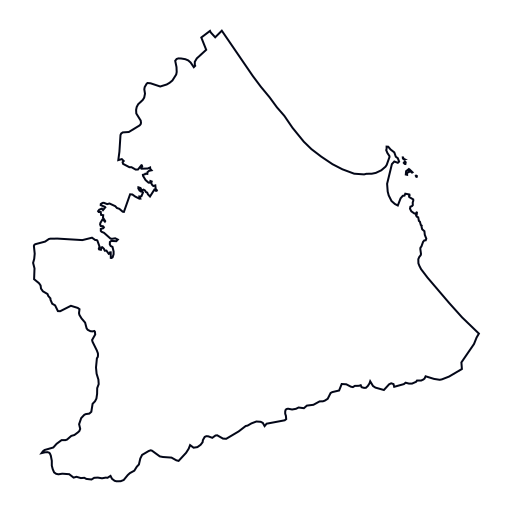 the district of Nui Thanh, Quàng Nam, Vietnam
{"feature_id": "81297802B34920687321908", "entity_name": "Nui Thanh", "entity_type": "district", "adm_level": 2, "iso_a3": "VNM", "parent_name": "Vietnam", "parent_adm1": "Quàng Nam", "projection": "robinson", "projection_center": [108.549, 15.447], "detail": "fine", "context": "isolated", "style": "outline", "palette": "ink", "viewbox_px": 512, "rotation_deg": 0, "n_neighbors": 0, "source": "geoboundaries", "source_scale": "gbopen_adm2", "svg_char_len": 5988}
<svg xmlns="http://www.w3.org/2000/svg" viewBox="0 0 512 512"><path d="M41.6,453.1L45.0,452.3L47.7,452.2L49.3,452.8L49.9,453.5L50.8,455.6L51.8,460.8L51.8,465.6L52.7,469.1L54.1,472.4L56.1,473.8L58.4,474.3L62.3,473.7L69.2,474.2L73.6,477.6L76.5,476.8L80.9,478.1L84.3,477.8L86.3,478.9L91.5,479.5L94.2,477.8L97.9,477.6L102.0,478.3L105.8,477.6L107.5,477.8L110.5,475.9L112.0,478.8L114.6,480.8L116.6,481.3L120.7,481.2L123.7,480.0L127.8,475.0L129.9,473.1L134.3,470.7L136.8,466.7L138.9,464.5L140.3,458.5L142.1,454.9L148.7,451.0L150.7,450.3L152.0,450.7L159.8,456.4L162.9,457.0L171.5,457.6L176.3,460.3L178.6,460.9L186.1,452.8L188.7,448.7L190.1,445.1L193.6,447.7L197.4,447.1L200.6,444.8L202.6,442.2L202.9,440.1L204.7,436.9L206.3,436.2L208.2,436.3L212.3,437.8L215.5,435.5L217.2,435.3L223.0,438.6L226.2,438.8L238.7,431.4L245.7,426.0L247.6,425.6L251.4,423.4L256.4,421.5L260.7,421.8L262.8,422.9L264.6,426.1L266.6,423.7L284.7,420.3L286.2,419.1L285.9,415.8L285.2,413.7L285.2,411.6L285.5,410.1L286.4,409.1L288.0,408.7L292.1,409.5L296.0,408.8L298.6,407.5L303.9,408.2L306.9,405.6L313.4,404.8L319.6,401.4L322.9,401.3L324.7,400.7L327.7,398.8L330.6,393.0L332.3,392.1L339.1,390.5L341.7,384.0L346.3,384.3L350.9,386.7L352.9,387.1L354.8,385.9L359.0,385.8L360.7,385.2L361.6,387.2L364.1,387.9L365.9,387.8L367.8,386.0L369.5,383.4L370.2,381.3L373.0,386.0L375.4,387.6L383.9,390.0L389.1,384.3L391.2,383.3L393.5,384.1L394.2,386.8L403.9,384.1L405.6,382.7L409.0,383.6L412.0,383.6L416.1,381.8L417.0,380.5L421.2,380.5L423.2,379.6L424.5,378.6L425.6,376.3L434.0,378.9L439.7,379.8L441.8,379.4L449.0,376.6L461.9,369.0L461.4,362.4L474.0,344.0L476.6,337.5L478.9,333.6L462.1,317.4L449.0,302.8L427.5,277.6L421.1,269.2L419.4,265.9L418.4,263.3L418.3,259.2L419.3,256.9L420.7,255.2L421.0,254.0L420.3,248.9L420.5,247.6L421.4,246.5L423.1,241.8L424.3,240.4L425.7,240.3L426.3,238.7L424.8,234.8L424.4,231.2L422.2,229.3L421.5,226.6L421.7,225.6L420.8,225.0L419.9,221.7L418.9,220.9L418.2,217.3L416.8,216.7L416.1,215.5L416.1,214.7L416.7,214.6L417.0,211.8L415.7,213.7L414.4,213.5L411.3,211.3L410.0,208.7L410.4,206.7L412.1,206.0L412.8,205.1L412.7,202.6L413.3,200.6L413.2,199.4L409.3,197.1L409.0,196.1L409.6,195.2L409.4,194.5L405.3,193.7L404.5,195.6L402.8,195.8L400.6,198.3L397.8,205.5L394.9,204.0L391.5,201.0L388.7,195.4L387.7,191.6L387.1,183.8L391.9,164.1L394.3,161.5L397.8,162.8L399.1,161.6L397.8,158.2L395.8,156.7L394.3,152.4L390.6,149.5L388.2,146.7L386.6,146.6L386.6,148.9L386.2,150.1L387.4,153.0L389.4,156.0L389.5,157.0L386.7,164.9L385.5,166.7L381.3,170.3L375.8,172.9L371.9,173.7L366.4,173.8L364.1,174.4L354.2,173.7L342.4,169.3L332.5,164.2L321.2,156.6L311.4,149.1L303.8,141.7L292.5,127.8L284.3,115.8L276.9,107.3L269.5,97.2L260.8,86.7L252.8,76.0L221.8,30.7L215.2,37.3L210.7,32.4L210.0,30.9L201.3,37.5L206.2,49.8L196.8,58.4L194.8,61.8L194.8,64.8L195.2,65.8L193.8,67.2L190.6,62.5L188.2,60.4L185.3,59.2L181.2,58.5L178.4,58.4L176.6,59.0L175.2,60.8L176.5,67.1L176.7,72.0L176.2,74.5L172.4,80.5L169.6,82.8L166.7,84.5L160.2,86.5L150.6,83.3L147.5,83.0L146.6,83.8L144.7,87.1L144.3,89.3L145.0,93.7L144.2,97.6L142.8,99.9L138.2,104.2L136.7,107.0L136.1,109.9L136.3,113.5L140.7,120.6L141.0,122.9L140.6,124.3L139.5,125.5L128.8,132.0L122.8,132.4L121.2,133.5L120.5,135.0L119.4,151.8L118.3,160.1L121.8,159.1L123.7,161.0L122.6,162.2L123.1,163.9L129.4,167.2L131.5,167.2L135.7,169.6L138.0,169.5L141.4,165.2L141.9,165.4L142.2,166.5L140.9,167.9L141.4,168.7L147.7,168.5L150.1,167.5L150.2,168.8L151.5,170.3L149.1,170.8L147.4,172.3L147.3,173.9L145.3,173.7L144.9,174.3L142.9,174.8L143.0,175.8L145.6,180.1L148.6,182.7L150.0,182.7L150.4,181.0L151.7,181.5L151.2,183.1L152.0,184.7L153.3,186.0L155.3,185.4L155.7,189.1L156.9,190.3L156.6,190.8L155.8,190.8L154.3,189.7L150.0,196.5L147.9,194.3L147.2,192.6L146.0,192.1L145.0,190.5L143.5,189.6L141.7,190.4L140.5,188.0L138.4,187.3L138.3,188.4L139.5,190.5L140.9,191.5L142.5,191.8L143.0,192.5L141.4,196.3L139.4,196.5L140.3,198.6L139.4,198.7L135.1,196.5L132.4,194.5L130.1,194.3L123.9,211.9L122.7,211.7L119.3,208.8L116.9,208.0L115.3,206.2L109.5,203.5L107.2,204.1L103.8,202.8L102.6,202.9L100.8,204.0L100.7,205.1L104.8,206.8L105.3,207.3L103.0,210.1L101.9,208.6L99.2,209.7L98.1,211.2L98.7,212.0L100.7,211.9L101.1,214.9L103.2,215.2L103.0,217.7L105.2,221.1L104.9,221.6L103.2,219.7L102.4,219.6L100.4,222.9L100.1,224.4L100.7,226.0L102.9,226.2L103.9,227.3L103.3,228.2L100.8,228.9L100.8,230.9L101.6,231.8L104.0,232.8L110.5,238.6L112.1,238.8L115.2,238.3L117.8,239.6L116.3,241.2L111.3,240.9L109.9,242.0L109.8,244.4L110.7,246.0L112.5,246.9L113.6,251.5L113.6,254.2L112.6,257.3L111.5,258.0L110.8,257.9L110.7,252.3L110.1,252.3L109.6,253.6L108.8,253.9L106.4,250.6L104.8,250.7L103.9,248.8L102.3,247.2L101.4,247.4L100.9,249.8L99.1,249.4L98.8,248.8L99.4,247.0L99.3,245.9L97.4,240.7L96.8,240.1L95.2,240.0L92.0,237.7L82.4,240.1L57.6,238.6L50.3,238.7L48.9,239.0L45.1,241.6L35.3,244.2L34.4,244.8L33.9,245.9L34.7,253.7L34.2,258.9L33.1,262.9L34.5,268.4L34.1,279.2L39.1,283.3L40.6,285.5L41.0,288.6L42.9,291.3L47.5,294.0L48.3,296.0L50.4,298.4L50.5,299.8L52.2,303.7L55.1,305.4L57.9,311.1L60.2,311.2L70.9,305.8L77.7,307.9L79.5,309.2L79.0,313.1L79.4,314.9L81.5,318.4L85.1,322.6L86.6,328.3L87.7,329.8L90.4,331.2L92.5,331.4L94.3,331.0L94.9,331.7L95.2,334.5L92.1,340.0L92.5,341.7L96.8,350.4L97.9,353.3L98.0,355.1L97.8,356.9L96.9,358.3L96.0,367.5L96.6,373.7L98.4,379.6L98.7,384.1L97.2,388.1L97.1,393.9L96.4,398.6L95.0,401.3L92.6,403.8L91.3,411.8L89.3,413.6L85.8,414.1L84.3,414.8L81.2,418.1L79.1,424.2L80.2,428.9L79.3,431.1L77.9,432.4L74.4,435.0L71.3,435.9L67.0,439.6L65.5,440.1L61.6,440.1L56.6,443.8L53.3,447.5L44.6,450.0L43.0,451.2L41.6,453.1ZM408.9,170.5L408.5,169.3L406.1,171.2L405.8,174.5L407.1,174.8L407.0,172.9L410.0,171.5L410.6,171.5L412.0,172.6L412.5,172.3L409.8,169.7L409.3,170.6L408.9,170.5ZM405.4,164.0L405.7,162.3L404.9,161.4L403.8,162.9L404.7,163.9L405.4,164.0ZM416.7,176.9L416.9,176.1L415.4,175.2L416.4,176.9L416.7,176.9ZM403.7,158.8L403.0,157.4L402.8,157.4L402.9,158.5L403.7,159.3L404.5,159.2L403.7,158.8Z" fill="none" stroke="#020617" stroke-width="2"/></svg>